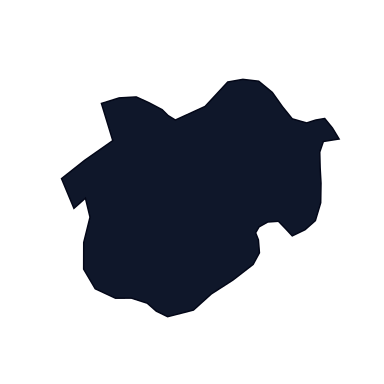 Saatlı, Robinson projection, rotated 115°
{"feature_id": "AZE-1713", "entity_name": "Saatlı", "entity_type": "District", "adm_level": 1, "iso_a3": "AZE", "parent_name": "Azerbaijan", "parent_adm1": "", "projection": "robinson", "projection_center": [48.434, 39.807], "detail": "fine", "context": "isolated", "style": "filled", "palette": "ink", "viewbox_px": 384, "rotation_deg": 115, "n_neighbors": 0, "source": "natural_earth", "source_scale": "10m", "svg_char_len": 783}
<svg xmlns="http://www.w3.org/2000/svg" viewBox="0 0 384 384"><g transform="rotate(115 192 192)"><path d="M165.8,68.1L178.4,73.6L189.4,82.6L185.8,91.4L182.0,101.3L187.2,110.7L195.3,116.5L202.1,117.1L207.3,111.6L218.6,105.2L231.8,106.0L254.5,117.7L276.2,131.4L298.4,140.8L315.3,161.4L315.1,174.0L311.7,185.6L313.8,202.1L320.6,216.5L320.6,238.8L307.7,257.6L283.5,268.8L257.9,273.8L242.6,286.0L256.7,292.1L235.0,315.9L208.7,302.7L178.9,285.5L150.0,311.5L137.5,297.8L129.4,282.7L129.3,268.2L130.0,253.8L132.8,246.1L133.8,237.5L108.9,216.3L77.2,206.1L68.4,193.5L63.4,178.4L67.8,161.3L76.5,146.0L83.3,132.1L81.0,117.4L74.5,110.3L69.3,102.8L74.7,91.7L81.8,81.1L90.7,94.3L101.8,93.1L115.7,86.2L129.5,78.8L147.4,70.8L165.8,68.1Z" fill="#0f172a" stroke="#020617" stroke-width="1.5"/></g></svg>